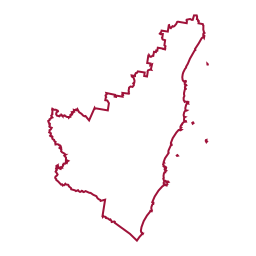 the district of Coffs Harbour, New South Wales, Australia
{"feature_id": "25037944B5888724581246", "entity_name": "Coffs Harbour", "entity_type": "district", "adm_level": 2, "iso_a3": "AUS", "parent_name": "Australia", "parent_adm1": "New South Wales", "projection": "natural_earth1", "projection_center": [153.061, -30.173], "detail": "fine", "context": "isolated", "style": "outline", "palette": "rose", "viewbox_px": 256, "rotation_deg": 0, "n_neighbors": 0, "source": "geoboundaries", "source_scale": "gbopen_adm2", "svg_char_len": 5797}
<svg xmlns="http://www.w3.org/2000/svg" viewBox="0 0 256 256"><path d="M136.9,240.6L139.5,236.9L142.3,233.8L141.1,231.8L140.9,230.6L141.5,227.1L143.7,221.1L147.0,215.5L149.9,211.9L150.3,210.9L151.7,211.3L151.9,210.8L151.5,210.5L151.7,209.7L151.3,208.5L151.4,207.1L152.2,204.8L152.8,203.8L153.3,203.9L153.5,202.9L153.4,202.5L152.3,202.1L154.7,196.5L158.5,190.6L162.3,186.4L164.6,184.9L166.6,185.5L166.7,185.0L168.0,183.8L166.4,184.7L163.7,183.9L163.7,182.5L164.5,181.1L167.1,182.5L168.5,182.0L167.9,181.4L166.5,181.9L165.7,180.9L164.0,180.5L163.6,179.7L163.3,178.5L163.8,178.0L163.5,176.0L163.9,173.5L164.5,172.3L165.3,172.3L165.4,171.4L166.3,170.7L165.7,170.2L165.1,170.3L164.6,169.5L165.0,167.9L165.4,167.6L166.1,168.0L166.2,167.5L165.4,166.7L164.1,166.8L163.5,166.3L163.8,165.3L163.1,164.6L163.6,162.6L164.1,162.6L163.7,161.9L165.0,158.3L168.7,152.9L168.3,152.2L168.5,150.5L170.8,145.4L171.7,145.0L171.6,144.3L170.9,143.9L170.9,142.9L172.7,138.2L176.4,132.5L178.6,130.0L180.6,130.3L181.5,129.7L180.3,129.3L180.4,128.3L181.1,127.6L180.5,127.4L180.4,126.9L181.1,125.2L182.1,124.6L182.1,123.7L184.1,121.7L185.1,121.8L185.5,121.4L186.0,121.5L185.9,121.1L184.6,121.0L184.0,120.2L184.2,117.5L185.1,117.0L184.0,116.7L183.6,115.0L184.2,112.3L185.5,110.2L185.3,108.1L186.1,105.0L186.8,103.5L188.2,103.6L187.9,103.0L188.4,102.1L187.8,101.7L186.7,101.9L185.5,101.5L184.7,101.9L183.7,100.1L183.6,97.8L184.4,95.9L184.0,94.2L184.1,92.7L184.9,89.3L185.8,89.0L185.8,88.6L185.0,88.2L184.9,87.1L185.3,86.0L186.4,85.3L186.0,84.7L184.9,84.6L184.7,84.0L184.9,82.1L185.9,81.7L185.9,81.1L185.2,80.9L184.0,81.6L183.3,81.0L182.6,79.8L182.3,77.2L182.7,74.3L183.3,72.3L185.0,68.9L186.1,67.6L186.1,66.7L187.8,63.8L190.0,58.6L194.5,50.7L195.4,50.0L195.0,49.0L198.7,43.4L201.6,38.3L203.0,37.1L203.5,37.0L204.0,37.8L204.4,35.8L204.1,35.5L203.4,35.8L203.2,35.2L203.4,33.5L204.5,32.9L204.0,32.2L203.3,29.6L203.4,25.5L203.0,25.1L202.8,24.1L198.5,23.3L198.8,21.2L198.1,21.1L197.8,19.5L196.9,19.2L197.1,16.7L196.7,15.4L194.0,15.4L192.7,19.9L191.8,19.9L190.1,19.0L186.7,19.7L186.5,20.0L186.9,21.7L186.7,23.2L178.0,21.7L177.2,21.9L176.2,24.0L174.3,26.2L173.2,26.6L172.5,26.2L170.3,28.8L170.5,28.2L169.2,25.9L169.1,25.1L168.8,25.2L167.8,31.6L161.6,30.6L161.4,31.6L159.8,33.7L160.6,34.2L162.8,34.0L162.3,37.9L162.1,37.9L162.3,38.8L162.7,39.5L165.1,40.2L164.4,45.3L165.5,46.2L165.1,47.5L165.3,48.2L165.1,49.4L162.9,48.9L162.9,48.6L157.8,47.7L157.3,50.7L156.2,50.5L155.9,52.1L154.0,51.8L153.3,55.8L152.6,55.6L151.5,56.6L150.6,56.8L150.1,56.7L149.1,55.2L149.0,55.7L148.3,55.6L147.2,63.0L150.5,63.5L150.3,65.2L152.0,64.4L150.9,69.3L151.2,69.8L150.0,69.6L148.0,70.4L147.5,71.8L147.7,72.2L147.0,76.5L144.2,76.0L144.7,72.5L137.8,71.4L136.9,72.9L135.8,73.1L135.0,74.8L135.0,76.0L131.6,75.4L131.8,76.5L133.6,77.7L134.5,80.6L134.4,82.2L133.3,83.3L134.0,83.8L133.7,84.6L133.8,85.3L132.5,86.9L130.5,86.5L129.1,87.6L128.6,90.9L128.9,91.7L128.5,93.0L129.6,93.8L122.5,92.9L123.0,94.9L122.3,94.8L122.6,96.7L116.3,95.6L116.1,96.9L114.6,96.6L114.9,94.8L106.3,93.0L106.7,94.3L105.6,95.3L105.5,95.8L106.2,97.1L105.7,97.8L105.3,100.2L107.3,100.5L108.9,103.2L107.8,110.4L96.1,108.4L95.0,108.8L94.6,107.9L89.1,120.4L85.5,116.0L84.6,116.3L83.2,115.6L81.5,113.8L79.1,112.2L77.4,109.1L76.7,110.3L76.1,110.1L75.8,109.6L74.8,110.2L73.9,109.9L74.2,111.6L73.7,111.6L73.7,112.1L72.9,112.8L72.4,112.0L71.9,112.1L72.2,112.6L71.8,113.4L72.1,114.5L71.7,114.7L71.2,114.3L70.4,115.0L70.8,115.5L70.3,116.1L70.4,116.8L69.5,117.0L68.8,117.7L68.6,117.0L67.1,117.0L65.2,116.0L64.7,115.4L64.1,115.8L62.6,115.5L62.6,116.2L61.2,114.7L60.8,115.5L59.7,115.5L59.3,116.3L56.9,115.6L56.1,114.1L56.6,112.2L58.0,111.4L57.8,110.7L55.7,109.7L54.1,109.8L52.3,108.7L52.1,109.3L52.5,112.0L52.1,113.2L52.5,114.0L51.2,115.8L52.4,117.5L51.0,118.0L50.7,118.6L49.5,119.3L49.5,120.2L48.2,121.0L48.9,123.0L49.8,123.6L49.4,124.5L49.9,125.0L49.7,125.7L49.3,126.3L49.6,127.0L51.7,127.8L50.8,129.4L49.5,130.2L49.6,131.5L49.2,132.4L50.9,133.3L50.7,135.1L50.1,135.8L50.5,136.2L51.8,136.1L52.5,136.9L52.1,137.7L52.6,139.1L54.1,139.9L54.3,141.0L55.6,141.9L55.2,142.8L55.5,144.5L56.9,144.2L58.6,144.5L59.0,145.2L60.1,145.4L60.6,146.0L60.9,146.9L60.2,147.0L59.5,147.7L59.5,148.1L61.1,148.6L60.9,149.2L61.4,149.7L61.1,151.2L62.1,152.3L64.7,153.7L64.8,154.9L65.4,154.9L64.3,155.7L66.0,157.6L65.9,160.3L66.5,160.7L67.1,160.4L68.2,160.9L67.4,161.4L66.8,163.0L65.7,162.3L65.3,163.6L63.6,163.7L63.5,164.5L63.0,164.8L63.1,165.7L62.1,166.9L62.2,167.6L60.9,167.1L60.4,167.4L60.9,168.6L60.7,169.0L58.8,168.2L58.3,166.7L57.8,167.3L57.7,166.2L57.1,165.9L57.3,165.4L56.4,165.9L56.5,167.4L56.0,168.7L56.9,169.4L56.9,169.9L57.3,169.8L56.2,170.5L55.6,171.7L56.5,172.5L56.8,173.4L57.6,174.4L57.1,175.4L55.6,176.5L55.2,177.4L55.4,178.4L56.2,179.1L56.3,180.0L58.0,181.3L61.1,184.6L62.0,184.3L62.7,185.5L63.3,185.1L64.1,185.2L65.3,183.8L65.9,184.5L68.2,184.8L68.7,185.6L68.8,186.3L71.0,188.1L71.2,189.3L74.9,190.3L75.9,191.1L78.0,190.2L78.4,190.9L80.0,191.9L80.8,191.7L81.7,190.8L82.5,191.0L83.0,191.8L83.8,192.1L85.6,191.1L89.3,192.8L90.6,192.9L93.3,194.8L96.4,196.2L97.3,197.9L98.5,199.1L100.2,199.9L100.6,200.9L105.1,199.7L102.5,216.1L103.0,216.1L103.0,216.6L103.4,216.2L103.6,216.6L105.1,216.7L106.1,217.4L106.0,218.0L108.0,218.5L109.6,219.8L110.4,219.4L111.5,221.1L111.7,222.0L114.4,221.5L114.9,221.9L114.8,222.9L129.9,233.8L136.9,240.6ZM206.4,141.2L206.5,139.9L205.9,140.1L205.7,140.9L206.4,142.2L207.0,141.5L206.4,141.2ZM192.3,122.9L192.7,123.7L193.5,123.1L193.0,122.4L192.3,122.9ZM177.9,155.7L177.4,155.1L176.8,155.5L177.1,155.9L177.9,155.7ZM207.6,64.0L207.4,63.8L207.5,65.3L207.8,64.6L207.8,63.6L207.6,64.0ZM142.3,232.9L142.0,232.9L142.4,233.5L142.3,234.0L142.7,234.1L142.9,233.7L142.6,233.7L142.3,232.9ZM186.1,110.7L186.5,110.7L186.8,110.5L186.2,110.4L186.1,110.7Z" fill="none" stroke="#9f1239" stroke-width="2"/></svg>